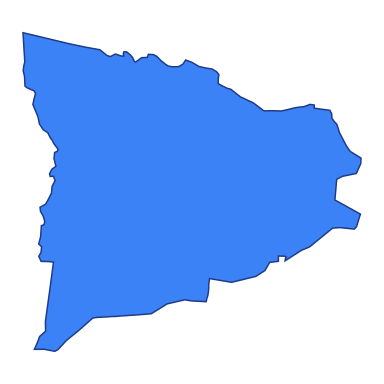 Matazu, Katsina, Nigeria
{"feature_id": "59680162B62360966111253", "entity_name": "Matazu", "entity_type": "district", "adm_level": 2, "iso_a3": "NGA", "parent_name": "Nigeria", "parent_adm1": "Katsina", "projection": "mercator", "projection_center": [7.633, 12.236], "detail": "fine", "context": "isolated", "style": "filled", "palette": "blue", "viewbox_px": 384, "rotation_deg": 0, "n_neighbors": 0, "source": "geoboundaries", "source_scale": "gbopen_adm2", "svg_char_len": 2138}
<svg xmlns="http://www.w3.org/2000/svg" viewBox="0 0 384 384"><path d="M361.0,158.1L350.2,151.4L346.3,145.7L339.3,132.3L338.4,129.0L336.7,124.0L334.5,121.9L332.0,118.4L331.6,113.5L329.9,110.3L320.0,109.0L314.3,108.2L314.2,105.0L310.1,104.4L303.8,106.7L299.4,107.1L294.8,107.8L285.1,110.2L281.2,111.0L275.4,110.8L268.9,110.7L265.0,110.9L263.2,110.4L260.8,108.5L253.5,103.0L247.2,100.0L242.8,97.9L240.6,97.0L230.9,89.3L227.2,88.3L222.3,85.9L219.4,84.3L218.2,83.6L218.3,78.7L218.9,74.8L217.6,72.9L216.3,71.5L212.3,69.1L205.9,68.0L204.9,67.8L199.0,66.5L191.6,62.2L185.7,60.0L182.8,64.3L178.3,66.7L172.3,66.8L168.2,66.0L165.6,64.3L160.8,60.5L156.9,56.4L153.8,54.8L153.1,54.6L148.4,54.3L147.3,57.4L141.5,57.7L140.1,58.8L135.7,62.0L134.5,61.6L132.6,57.6L130.3,54.8L126.7,51.9L123.9,51.8L123.3,53.6L123.8,56.0L121.2,56.0L115.4,54.0L110.3,56.6L107.0,55.5L100.0,49.8L84.1,46.9L67.2,43.3L23.0,32.7L24.8,62.1L24.3,63.7L23.8,65.9L23.2,70.7L24.5,76.3L25.0,86.0L27.2,87.9L34.2,90.9L35.5,93.5L33.9,99.5L32.9,104.5L38.0,116.9L39.4,123.9L43.2,129.8L47.7,132.6L50.5,138.2L52.1,140.1L53.9,143.7L58.1,149.3L57.3,151.3L54.6,152.5L54.0,158.6L55.9,166.3L51.7,169.4L49.5,173.9L50.2,176.5L53.4,176.2L55.1,180.5L52.1,186.4L51.5,193.1L48.6,198.8L45.7,204.1L40.0,207.3L40.5,211.4L43.0,215.7L44.7,221.0L44.1,224.7L41.4,225.6L40.6,236.8L38.7,244.0L41.6,246.8L41.0,252.4L38.8,256.3L41.1,261.4L48.8,261.6L53.5,262.1L50.0,288.3L45.4,321.7L45.6,331.2L39.7,336.4L37.3,342.8L34.4,349.3L44.4,349.3L54.8,351.3L58.0,349.6L66.4,340.5L78.8,330.4L92.8,318.0L97.2,317.4L104.0,317.0L106.9,316.9L108.4,316.8L112.2,316.5L115.2,316.5L120.1,316.0L123.5,315.8L126.8,315.6L128.9,315.4L130.6,315.3L134.4,315.1L142.3,314.5L151.3,313.7L167.1,303.9L184.8,299.8L191.4,300.9L206.2,301.7L206.8,298.6L207.8,295.6L208.4,292.2L208.8,287.3L208.6,286.1L209.5,278.6L231.6,282.3L255.8,276.4L265.0,270.5L269.6,262.4L278.4,261.3L278.4,256.0L285.1,256.2L286.3,257.0L285.4,258.4L285.1,260.8L301.3,250.4L309.7,246.8L332.6,228.1L340.0,227.6L354.4,229.1L356.6,226.5L360.4,214.1L334.9,200.0L336.7,179.3L342.5,176.3L356.3,173.5L360.8,163.5L361.0,158.1Z" fill="#3b82f6" stroke="#1e3a8a" stroke-width="1.5"/></svg>